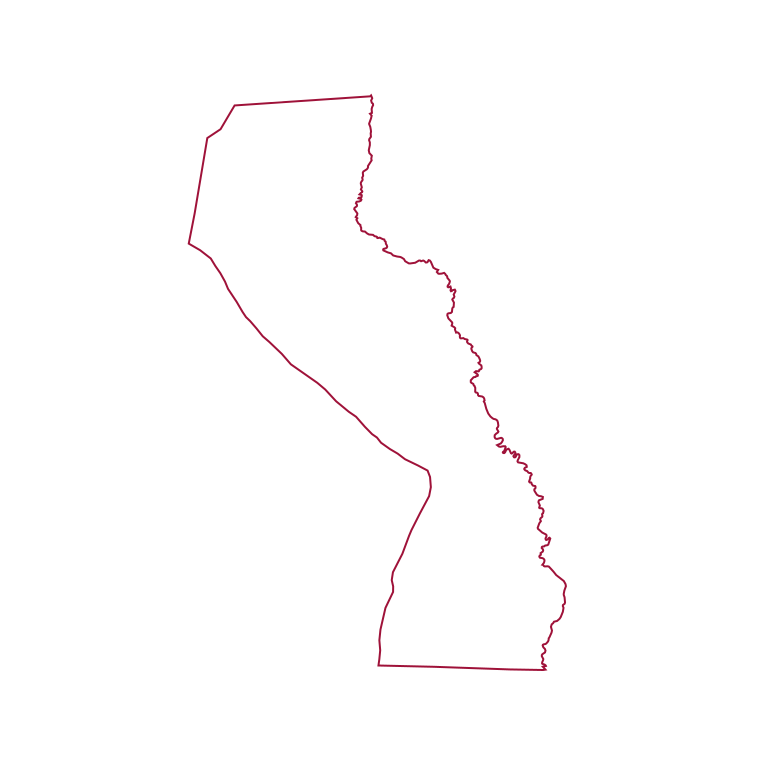 Haraze-Mangueigne, Salamat, Chad, rotated 291°
{"feature_id": "50815135B51440340925469", "entity_name": "Haraze-Mangueigne", "entity_type": "district", "adm_level": 2, "iso_a3": "TCD", "parent_name": "Chad", "parent_adm1": "Salamat", "projection": "mercator", "projection_center": [21.205, 10.401], "detail": "fine", "context": "isolated", "style": "outline", "palette": "rose", "viewbox_px": 768, "rotation_deg": 291, "n_neighbors": 0, "source": "geoboundaries", "source_scale": "gbopen_adm2", "svg_char_len": 6166}
<svg xmlns="http://www.w3.org/2000/svg" viewBox="0 0 768 768"><g transform="rotate(291 384 384)"><path d="M175.2,637.1L177.0,633.6L178.8,636.2L179.2,635.8L179.6,634.5L179.5,632.1L179.8,631.7L180.9,631.4L183.1,631.5L184.3,631.3L186.4,628.9L187.5,628.5L188.5,628.7L191.1,630.5L193.0,630.3L194.3,629.2L195.3,627.1L196.8,625.8L197.5,625.8L198.2,626.4L199.1,627.9L199.9,628.5L202.4,629.4L204.0,629.4L205.6,628.9L206.6,629.2L211.8,629.5L214.0,629.2L217.1,626.9L219.7,626.7L221.3,627.6L223.0,627.9L224.8,630.5L227.6,632.0L229.7,632.5L235.4,632.6L239.4,631.8L240.8,630.5L241.8,630.3L243.6,631.4L244.9,631.3L249.6,629.0L251.5,627.4L252.5,627.0L255.8,626.4L260.4,626.3L262.2,625.2L264.5,622.5L267.3,613.3L269.6,609.4L272.6,603.4L272.5,602.2L271.3,599.5L271.3,598.7L272.2,597.1L272.1,596.7L274.5,597.4L276.4,597.2L277.5,596.6L278.1,595.5L278.2,594.3L277.7,591.9L278.4,590.9L279.6,590.8L280.7,591.6L281.2,591.5L282.2,590.8L284.5,592.3L285.8,592.2L286.6,591.6L287.4,590.0L288.4,589.8L289.0,590.2L289.8,591.7L290.9,592.3L292.0,594.2L292.9,594.9L299.3,594.6L299.8,593.6L299.2,593.0L297.5,592.5L296.5,591.3L297.0,590.5L297.8,590.1L299.9,590.3L301.1,589.9L301.6,589.0L302.0,585.0L304.0,579.6L304.8,579.0L309.6,578.9L312.2,579.6L313.6,578.2L314.8,578.3L316.7,579.3L317.5,579.2L318.9,578.3L319.7,578.3L320.3,578.8L322.7,578.5L324.1,577.2L324.5,575.9L323.9,573.9L324.1,573.2L326.5,573.0L328.9,570.6L329.9,570.3L331.0,570.4L333.6,573.3L335.5,572.8L335.5,570.8L335.0,568.8L335.4,566.5L337.8,563.2L338.8,562.3L339.7,562.1L340.8,562.7L342.2,562.4L342.9,561.8L342.5,559.5L343.4,557.9L344.5,557.1L344.8,556.4L344.3,555.4L344.5,554.9L345.0,554.4L348.4,554.3L349.2,553.9L350.6,553.8L352.3,554.4L353.0,553.8L353.5,552.9L353.0,551.5L353.0,550.6L354.0,548.9L354.0,546.9L354.6,545.6L355.3,545.3L356.3,545.6L357.8,547.0L359.2,546.2L359.7,544.6L359.9,542.5L358.9,537.3L359.2,536.8L359.7,536.3L361.0,536.2L364.3,536.6L366.1,535.9L366.7,534.8L366.0,533.3L363.1,533.0L362.4,532.5L362.2,531.7L362.8,530.8L363.7,530.7L365.1,531.3L366.3,531.4L367.2,531.1L367.7,530.2L367.2,529.3L365.7,528.8L364.8,528.1L364.9,527.3L367.5,524.7L368.2,523.5L367.3,522.4L366.1,521.7L363.5,521.5L362.6,521.0L362.3,520.1L362.6,519.5L363.1,519.4L364.8,520.3L368.8,520.2L369.3,519.5L368.6,517.5L367.1,515.3L366.8,513.8L367.5,511.5L370.4,514.4L372.4,515.0L374.3,515.1L375.4,514.4L375.8,513.3L375.7,512.6L373.2,509.2L373.0,508.0L373.3,507.1L374.2,506.2L375.9,505.7L377.8,506.5L379.5,507.7L380.5,507.9L382.6,505.4L383.5,505.3L384.7,505.8L386.1,505.7L389.0,504.1L390.5,502.8L391.0,500.9L390.7,498.9L390.9,497.6L391.8,495.0L393.8,491.9L397.5,488.4L402.3,484.9L403.5,483.4L404.7,483.8L406.4,482.7L407.2,481.6L407.5,480.1L406.8,476.7L407.2,475.9L408.9,474.9L409.2,473.9L409.0,472.6L409.5,471.9L413.1,470.6L414.7,469.1L414.8,468.4L416.1,467.3L416.4,465.1L416.9,464.3L418.6,463.7L422.4,465.2L423.4,466.9L424.3,467.2L424.7,468.0L425.3,468.6L426.1,468.4L426.6,467.6L427.5,464.4L429.0,465.3L429.7,467.8L430.4,468.1L431.5,467.9L432.7,469.2L433.5,469.5L434.8,469.1L436.2,468.2L437.1,465.3L437.6,464.6L438.9,465.5L439.7,465.6L440.5,465.3L442.0,464.0L443.6,462.2L444.1,459.9L445.2,459.2L445.7,458.3L445.5,455.8L446.3,454.5L447.9,453.1L448.7,452.7L450.5,453.3L450.9,453.0L451.2,451.9L452.0,450.9L452.0,448.2L452.7,446.8L453.4,446.3L455.0,446.3L455.3,445.6L454.9,443.1L455.3,441.7L454.1,439.4L454.4,438.4L455.4,437.8L456.7,437.5L458.0,436.0L458.5,434.5L458.4,433.6L457.8,432.9L460.3,430.7L461.6,430.5L462.2,429.3L462.7,426.2L464.8,426.1L465.9,425.6L468.3,420.6L470.9,418.4L472.3,418.2L473.0,418.7L474.2,420.9L475.6,421.6L479.0,420.7L480.1,420.8L480.9,421.4L485.1,420.1L487.3,417.5L488.4,417.6L489.3,418.3L490.0,418.4L490.8,418.4L492.5,417.0L496.1,417.5L496.9,417.1L497.5,416.3L496.1,414.3L495.1,414.0L494.6,413.3L495.2,412.6L497.4,412.2L498.8,411.1L497.5,409.8L497.3,409.2L497.6,408.5L498.7,408.3L501.0,408.9L503.2,408.8L504.0,408.3L505.8,405.1L506.8,404.6L507.5,403.9L507.9,402.6L508.7,401.8L509.3,400.3L507.8,398.4L506.6,395.9L506.5,395.1L507.5,393.2L509.9,393.7L509.8,391.2L510.3,388.4L514.8,384.0L515.7,382.5L515.6,381.3L513.2,380.9L512.4,379.6L513.3,377.3L513.3,376.3L511.9,374.6L512.2,373.5L511.8,372.4L508.4,369.7L505.9,365.2L505.5,363.9L506.2,359.8L507.8,357.8L508.4,354.9L508.4,353.5L507.7,350.5L507.3,346.5L508.5,343.7L508.2,340.3L508.5,335.5L509.0,335.1L509.9,335.1L511.4,337.1L512.2,337.7L513.3,337.8L514.5,336.9L515.6,335.5L517.5,334.5L517.8,333.4L519.0,332.5L518.8,330.9L519.1,327.6L518.0,325.9L518.0,325.3L518.7,324.9L518.9,324.0L518.6,322.2L519.3,320.3L518.2,316.4L518.5,314.3L519.5,311.6L518.9,309.5L519.0,308.1L519.5,307.5L521.7,306.7L523.1,305.3L523.9,305.1L524.9,302.3L527.4,299.4L529.2,299.7L529.7,297.8L532.0,298.4L533.7,298.0L536.6,293.5L537.9,293.4L540.2,294.9L541.1,294.8L541.9,294.3L542.7,293.0L544.3,293.1L545.5,295.4L546.8,296.7L548.0,296.9L548.5,296.3L548.2,293.6L548.8,293.7L549.7,295.4L550.4,296.0L551.8,295.8L552.4,295.4L552.2,293.2L553.8,293.8L555.3,294.8L556.1,294.7L557.4,292.7L559.7,292.8L562.6,290.6L563.4,290.3L565.0,290.4L566.3,290.9L567.4,290.7L568.7,289.7L570.9,289.9L573.6,288.5L575.0,288.6L578.3,291.0L579.5,291.4L580.8,291.4L581.7,290.9L588.4,292.3L589.7,291.4L592.8,290.8L594.3,287.6L596.8,286.0L601.9,285.2L604.5,284.2L606.3,282.7L607.4,282.5L610.1,283.2L613.3,281.7L614.8,281.5L616.4,280.7L619.2,279.0L621.2,277.1L621.8,276.8L627.4,276.7L630.1,276.3L631.3,274.1L632.8,275.6L636.3,273.9L638.4,273.7L640.5,273.9L641.7,273.2L642.2,271.8L644.0,270.4L646.6,270.6L648.8,268.5L647.6,268.0L590.5,144.7L563.3,140.1L550.3,130.9L475.4,146.1L445.1,151.4L443.0,164.4L439.1,177.3L433.7,184.3L428.8,191.5L422.6,198.9L416.9,204.3L407.8,217.1L400.6,226.1L397.0,231.2L394.7,236.6L390.2,245.0L385.1,253.7L382.1,262.0L375.5,277.8L369.0,290.0L361.2,321.3L357.8,331.1L350.7,345.5L345.5,361.0L343.4,369.7L337.2,381.5L332.9,390.9L331.5,396.6L328.1,402.3L325.4,412.8L323.9,421.7L321.3,430.6L320.1,444.9L318.8,455.7L313.7,460.3L304.5,464.7L295.5,466.3L276.1,463.9L257.4,462.0L251.3,461.8L232.1,462.0L211.5,459.8L203.7,461.5L198.3,465.1L193.1,467.0L175.5,465.6L153.5,468.7L143.1,471.5L134.0,475.9L125.3,478.3L119.2,479.7L137.9,532.0L162.7,604.0L174.0,635.0L175.2,637.1Z" fill="none" stroke="#9f1239" stroke-width="2"/></g></svg>